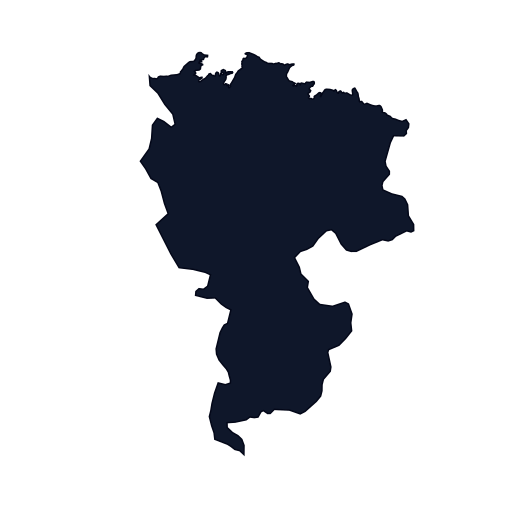 the district of Tumanian, Lori, Armenia, rotated 14°
{"feature_id": "60910142B81526699291587", "entity_name": "Tumanian", "entity_type": "district", "adm_level": 2, "iso_a3": "ARM", "parent_name": "Armenia", "parent_adm1": "Lori", "projection": "equal_earth", "projection_center": [44.669, 40.997], "detail": "fine", "context": "isolated", "style": "filled", "palette": "ink", "viewbox_px": 512, "rotation_deg": 14, "n_neighbors": 0, "source": "geoboundaries", "source_scale": "gbopen_adm2", "svg_char_len": 5829}
<svg xmlns="http://www.w3.org/2000/svg" viewBox="0 0 512 512"><g transform="rotate(14 256 256)"><path d="M292.3,451.6L290.2,442.7L286.6,437.4L282.1,434.8L275.8,433.0L269.5,429.4L268.2,424.7L276.0,422.2L286.1,417.3L289.0,413.7L293.5,413.2L296.9,411.8L298.5,406.0L300.5,404.2L305.4,406.0L307.9,405.3L310.8,400.4L325.7,397.4L337.1,398.5L341.2,394.9L349.7,382.4L352.6,376.3L352.6,370.9L351.2,364.9L351.2,359.3L355.9,349.9L355.5,345.6L348.9,332.2L349.1,329.3L358.1,322.5L362.8,314.5L366.9,305.5L364.1,297.9L363.2,289.1L357.3,280.2L353.5,279.3L342.5,286.3L329.6,287.6L322.6,283.8L313.4,274.2L312.9,268.0L303.9,262.6L300.7,256.4L293.7,248.3L297.9,240.9L303.6,237.3L308.7,232.6L312.1,223.9L318.2,214.5L322.9,212.2L327.9,214.7L335.8,223.8L342.3,228.3L347.1,228.5L352.2,227.2L363.9,217.5L374.7,209.6L380.6,209.4L384.2,207.2L386.7,203.0L396.1,195.1L400.6,195.2L402.9,193.3L401.3,187.3L394.1,180.1L390.7,169.6L386.6,164.7L383.2,162.9L372.6,162.9L363.1,161.2L361.1,157.1L361.1,153.1L365.6,144.4L364.9,141.5L360.4,137.4L358.3,132.9L358.9,113.5L360.4,106.0L370.4,103.7L372.3,100.8L371.4,97.9L372.8,94.5L372.3,90.8L368.6,87.5L365.3,90.1L361.4,90.0L358.1,89.5L355.4,89.6L354.0,89.2L352.6,88.1L348.9,87.5L348.4,86.8L347.2,86.2L346.3,85.9L344.8,86.1L343.6,85.8L343.5,84.3L343.2,83.5L341.1,80.8L340.0,80.2L339.1,80.1L336.5,81.4L335.0,81.7L332.6,81.8L330.2,81.6L326.7,81.0L324.7,82.6L323.6,82.3L321.2,80.5L320.4,80.7L319.5,81.3L318.9,80.9L317.8,78.2L316.8,76.7L315.8,74.1L315.3,73.2L314.2,72.3L311.9,69.8L311.2,69.2L310.2,69.9L309.4,70.9L309.3,71.8L309.6,72.8L310.8,75.7L310.7,76.4L310.0,76.8L308.7,77.0L304.7,75.8L302.7,76.7L302.2,76.5L301.5,76.0L300.3,77.0L298.2,75.4L297.5,75.7L296.7,76.6L296.6,78.1L295.7,78.1L294.8,77.2L293.9,76.0L292.9,75.4L292.3,76.0L291.7,77.1L290.7,76.6L287.5,76.5L284.1,77.1L282.9,77.7L282.2,78.9L282.1,79.7L281.3,81.4L280.3,85.6L279.8,85.3L280.1,82.6L279.4,82.0L278.3,82.0L277.5,82.5L275.8,85.1L274.3,86.5L273.9,87.1L274.2,87.8L274.2,88.8L273.8,89.8L273.1,90.2L271.2,89.8L269.7,90.5L268.7,89.9L269.2,88.3L269.0,87.7L267.7,86.7L267.3,86.2L267.3,85.4L268.6,84.2L269.1,82.4L268.4,81.8L267.5,81.6L267.2,81.1L267.3,80.1L267.9,78.9L268.9,77.8L269.8,77.6L270.0,77.2L270.2,76.5L270.0,75.6L270.8,75.1L270.8,74.3L270.5,73.3L270.0,72.8L269.1,72.8L266.1,74.6L262.9,75.1L262.3,76.0L262.0,77.1L258.2,77.2L257.7,77.6L257.5,79.2L257.2,79.1L256.7,78.5L256.1,78.1L255.1,78.2L254.3,78.7L254.1,79.6L254.4,80.6L254.3,81.3L253.1,81.2L252.1,81.3L251.5,81.9L250.7,81.8L250.8,80.7L252.0,79.7L252.3,79.1L251.7,78.8L250.6,78.8L249.0,78.1L246.0,78.1L244.8,77.3L243.3,75.7L242.1,74.7L241.7,72.9L241.6,71.7L242.2,69.8L243.0,65.2L243.8,63.9L244.9,62.5L246.1,61.8L246.5,61.3L246.4,60.6L245.8,60.6L244.1,61.2L243.7,61.5L241.5,62.5L241.1,62.1L240.6,62.0L239.8,62.1L239.1,62.7L238.2,63.2L237.5,64.1L235.7,63.2L234.1,63.3L233.5,63.8L232.0,63.1L231.1,63.1L229.3,64.4L228.8,64.2L226.4,65.6L225.4,65.3L224.4,65.4L220.9,66.3L218.7,65.6L217.4,65.6L213.5,64.3L212.4,63.8L210.9,62.4L209.2,62.3L207.1,61.5L204.8,61.0L200.1,60.4L197.8,61.1L196.7,62.0L196.6,62.4L197.1,62.6L198.6,62.7L199.3,63.0L199.1,65.2L198.8,66.1L198.1,66.7L197.1,67.1L196.2,67.2L195.8,67.8L195.9,69.6L195.2,70.5L195.7,71.8L195.7,72.7L196.0,73.7L196.4,74.1L196.5,75.4L197.4,76.7L197.2,77.2L196.5,77.6L195.8,78.6L194.0,80.7L193.5,82.4L192.4,84.7L192.1,88.0L190.4,93.9L189.7,95.7L189.6,96.7L190.3,97.3L190.0,97.6L189.7,98.9L189.0,99.3L188.4,98.7L188.2,97.1L187.9,96.6L186.7,97.5L186.4,96.9L186.2,96.2L185.5,96.2L184.7,96.3L184.3,97.2L183.6,97.5L182.8,96.9L182.6,96.5L183.0,94.5L183.9,92.1L183.9,90.3L183.4,88.7L183.6,87.8L184.2,87.1L185.4,86.5L187.3,85.0L188.6,84.5L189.0,83.7L188.5,83.0L184.6,83.9L183.5,84.5L183.0,85.7L182.5,86.1L181.9,85.6L182.0,84.7L181.4,83.5L179.2,83.0L177.5,84.5L177.5,85.1L177.8,85.7L179.6,86.0L180.4,86.5L180.7,86.9L180.6,87.6L180.3,88.1L179.5,88.2L177.9,87.0L177.5,87.3L177.8,88.5L177.8,89.2L177.5,90.1L176.8,90.2L175.1,87.4L174.3,87.1L173.5,87.1L173.0,87.8L172.7,88.7L172.8,91.2L172.2,91.5L170.6,91.1L170.1,91.4L169.1,91.2L168.9,90.8L167.6,90.0L166.9,90.4L166.2,91.0L166.2,92.0L165.5,92.7L164.2,95.3L163.5,96.2L162.2,97.3L160.7,99.2L159.5,100.5L158.5,100.7L158.0,100.1L158.0,99.5L158.2,98.6L159.1,98.0L160.0,97.0L160.5,96.4L160.4,95.7L159.5,95.9L158.4,96.7L157.6,96.7L154.2,95.5L151.9,95.3L152.1,94.8L152.8,94.2L153.3,93.3L152.8,92.4L151.5,91.6L152.5,90.5L155.8,89.3L156.8,88.0L156.5,85.5L156.7,84.7L156.8,84.3L158.0,83.4L157.8,82.9L156.6,82.7L154.8,82.8L153.8,82.5L154.0,81.6L156.3,80.7L156.1,80.1L154.5,79.9L154.4,79.4L155.5,78.7L157.3,78.1L157.5,77.8L157.5,76.8L158.2,75.0L160.7,74.5L160.7,73.8L160.5,73.0L157.2,73.5L154.8,72.8L153.8,72.1L152.9,72.0L151.5,72.4L150.5,73.2L149.7,74.7L149.6,75.5L149.6,76.7L149.9,77.2L149.9,79.4L149.4,80.4L149.1,81.7L147.4,82.7L145.7,83.1L144.6,83.7L143.8,84.6L140.4,89.5L140.1,90.6L139.9,92.0L138.6,94.9L138.2,95.6L138.4,96.5L138.1,97.5L135.9,99.0L135.0,99.4L129.8,101.2L128.0,102.5L127.1,103.0L125.7,103.2L123.1,104.1L119.6,104.7L118.3,105.6L117.8,106.2L117.8,107.0L116.8,108.2L114.5,108.3L113.6,108.7L112.1,108.8L109.7,108.1L109.1,107.6L112.0,116.3L121.4,121.7L130.8,130.9L141.0,138.5L145.7,147.8L142.6,151.6L134.0,147.8L127.0,146.3L123.9,154.1L126.3,167.2L126.4,178.0L120.9,192.0L127.8,198.0L135.4,206.2L143.0,208.4L148.3,215.9L154.5,227.2L160.6,236.2L151.5,249.8L172.9,274.5L184.2,285.9L197.8,284.2L210.7,284.1L216.4,285.2L216.4,297.0L213.1,301.0L208.6,301.5L206.3,304.9L206.9,308.8L218.7,308.8L226.6,306.5L234.0,311.0L239.6,313.2L244.7,314.3L244.7,328.3L241.9,330.6L240.8,333.9L239.7,339.0L239.8,355.8L241.5,360.8L245.4,365.9L250.5,369.8L254.5,372.6L257.3,375.4L259.0,378.7L261.3,382.7L261.9,385.5L257.4,388.3L250.0,388.3L249.0,399.0L249.0,409.6L249.6,416.9L249.6,423.1L254.1,431.5L258.1,437.7L260.4,443.8L273.9,445.5L277.3,446.6L282.3,448.8L287.4,448.8L292.3,451.6Z" fill="#0f172a" stroke="#020617" stroke-width="1.5"/></g></svg>